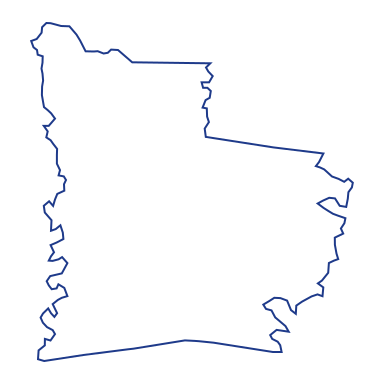 Lindoeste, Paraná, Brazil
{"feature_id": "56859067B27397769161931", "entity_name": "Lindoeste", "entity_type": "district", "adm_level": 2, "iso_a3": "BRA", "parent_name": "Brazil", "parent_adm1": "Paraná", "projection": "natural_earth1", "projection_center": [-53.566, -25.249], "detail": "fine", "context": "isolated", "style": "outline", "palette": "blue", "viewbox_px": 384, "rotation_deg": 0, "n_neighbors": 0, "source": "geoboundaries", "source_scale": "gbopen_adm2", "svg_char_len": 2213}
<svg xmlns="http://www.w3.org/2000/svg" viewBox="0 0 384 384"><path d="M83.4,355.0L128.0,349.3L133.4,348.7L184.9,340.4L194.7,340.9L198.9,341.2L213.7,342.7L272.9,352.0L281.6,352.0L280.2,345.2L277.7,341.7L272.2,338.9L270.2,335.1L276.6,329.9L288.7,331.7L285.5,326.1L275.2,317.4L271.5,310.4L266.0,308.9L263.3,304.6L269.5,300.9L274.3,297.8L280.4,298.1L287.1,300.6L291.0,310.1L295.8,313.8L296.3,305.6L302.1,301.6L311.6,296.4L317.5,294.4L322.5,296.2L323.3,287.4L317.9,283.4L321.9,280.6L328.2,272.8L328.9,263.0L334.0,260.6L338.2,259.1L336.5,253.6L334.9,244.8L334.8,237.6L343.2,233.6L340.9,228.5L344.4,223.2L345.4,218.2L338.1,215.7L333.0,213.8L328.4,211.0L323.7,208.0L317.7,203.5L323.2,200.5L329.2,197.8L335.0,198.4L339.7,205.8L346.2,206.9L347.8,198.7L348.4,192.2L351.9,187.4L352.8,182.7L348.2,178.7L344.2,181.8L338.6,178.9L332.0,176.5L324.2,169.4L319.9,167.4L315.9,166.1L319.0,162.1L323.4,153.5L273.4,147.4L205.8,136.9L204.7,128.6L208.9,122.1L207.1,116.6L206.8,108.4L202.6,107.6L205.6,100.1L209.7,97.8L210.8,91.0L207.4,87.8L203.1,87.8L201.6,82.3L209.1,82.3L212.7,76.1L208.3,71.5L206.0,67.5L210.3,63.3L132.2,62.3L118.0,50.0L111.1,49.6L107.8,52.8L103.6,53.5L97.7,51.2L93.8,51.5L85.6,51.3L80.1,40.5L76.5,34.6L69.4,26.3L61.1,26.0L54.4,24.2L50.6,23.2L46.4,23.0L42.1,27.2L41.6,32.7L36.7,39.0L31.2,41.0L33.5,47.3L37.0,50.0L37.7,54.7L42.7,56.3L42.5,62.7L41.5,68.6L42.5,73.6L43.1,80.6L42.1,86.5L41.9,95.1L43.0,101.4L44.0,107.1L47.7,110.1L51.2,113.4L55.0,118.6L48.7,125.9L43.8,125.9L47.7,131.4L46.3,137.4L50.6,140.2L53.2,143.9L57.1,148.9L56.9,154.9L56.9,163.7L60.0,170.1L58.6,175.4L63.8,176.4L66.0,180.0L64.0,184.2L64.3,190.7L57.3,193.9L55.0,199.5L53.1,205.9L49.1,201.3L43.8,205.8L44.8,212.5L51.5,220.2L51.0,230.7L55.7,229.1L60.4,225.3L62.8,232.6L63.4,239.0L56.7,242.5L50.6,245.1L54.0,252.3L51.0,256.3L48.8,260.6L52.6,260.9L58.6,259.3L62.1,257.1L67.4,263.1L61.8,273.4L50.2,276.1L46.7,281.2L48.8,285.4L51.7,289.2L56.6,288.4L58.4,284.3L64.3,287.9L67.4,296.1L61.8,297.8L57.9,299.9L52.7,304.1L57.1,313.2L54.4,316.9L51.0,313.2L48.2,308.4L43.0,313.5L40.6,317.6L42.9,322.7L47.0,327.1L52.7,330.1L55.0,334.1L50.5,340.5L44.9,338.9L44.8,345.4L38.6,350.4L38.0,359.2L44.2,361.0L83.4,355.0Z" fill="none" stroke="#1e3a8a" stroke-width="2"/></svg>